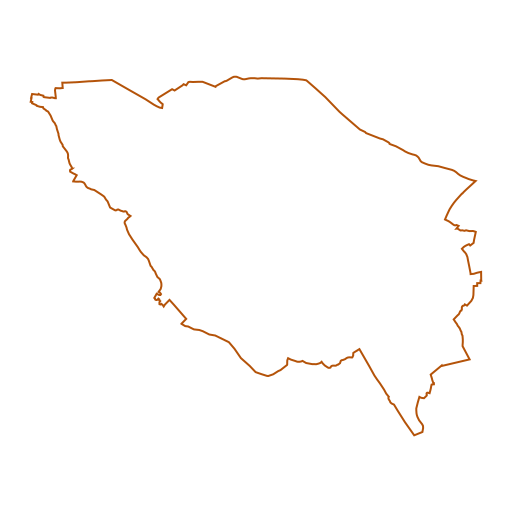 Tomesti, Iasi, Romania (Mercator projection)
{"feature_id": "2599482B1049926597477", "entity_name": "Tomesti", "entity_type": "district", "adm_level": 2, "iso_a3": "ROU", "parent_name": "Romania", "parent_adm1": "Iasi", "projection": "mercator", "projection_center": [27.701, 47.108], "detail": "fine", "context": "isolated", "style": "outline", "palette": "amber", "viewbox_px": 512, "rotation_deg": 0, "n_neighbors": 0, "source": "geoboundaries", "source_scale": "gbopen_adm2", "svg_char_len": 5948}
<svg xmlns="http://www.w3.org/2000/svg" viewBox="0 0 512 512"><path d="M475.8,231.9L475.1,231.6L473.0,231.0L469.4,231.1L466.1,230.3L465.7,230.4L464.7,230.8L463.5,230.6L462.3,230.3L460.7,230.5L460.3,230.4L459.9,230.1L458.0,228.9L457.2,228.5L456.5,228.6L458.6,225.9L456.5,225.0L455.1,225.4L454.1,225.1L452.6,224.1L451.9,223.5L450.0,222.1L448.6,221.2L445.0,219.5L446.6,215.7L448.4,211.8L449.6,209.3L451.8,205.8L454.0,202.7L456.1,200.1L461.5,194.1L462.1,193.5L462.4,193.5L463.6,192.1L466.2,189.6L475.6,181.0L473.0,180.4L468.5,179.0L466.4,178.1L463.3,176.9L460.2,175.4L458.1,173.9L456.3,172.3L454.3,170.9L452.0,169.9L444.8,168.0L438.3,166.2L431.4,165.4L428.4,164.8L424.9,163.5L421.9,162.2L420.7,161.2L418.6,157.6L417.6,156.6L416.2,155.5L414.6,154.9L412.5,154.4L408.3,153.0L405.0,151.4L403.2,150.2L396.0,146.3L390.0,144.1L389.5,143.8L389.3,143.0L388.4,142.3L383.0,139.3L379.9,138.5L366.1,133.1L365.1,132.0L359.9,129.5L342.4,114.4L339.4,111.7L325.3,97.1L315.5,88.3L306.9,80.8L306.2,80.3L302.9,79.7L297.9,79.2L284.6,78.6L261.3,78.2L257.8,78.6L254.6,78.2L250.8,78.2L249.0,78.4L245.7,79.1L244.4,79.3L242.9,79.2L241.9,78.9L237.9,77.3L236.7,76.8L235.3,76.7L233.8,76.8L232.4,77.4L226.6,80.8L225.3,81.2L224.8,81.2L215.7,86.2L215.5,86.8L203.9,82.3L202.5,81.8L198.3,81.8L193.0,82.0L189.9,81.8L188.4,82.1L186.2,85.3L183.6,84.2L182.4,85.4L174.6,90.5L172.1,89.2L158.7,97.5L157.7,98.7L157.6,99.3L158.2,99.7L159.1,100.9L160.6,102.5L161.7,103.4L162.6,104.0L162.7,104.5L162.1,108.0L159.7,107.6L156.6,106.2L155.2,105.4L153.9,104.7L145.6,99.3L142.1,97.3L130.3,90.6L111.8,80.0L101.9,80.5L92.0,81.2L88.7,81.3L76.8,82.2L65.3,82.7L62.3,82.7L62.7,88.0L59.8,88.3L55.6,88.1L55.4,88.3L55.0,90.4L55.7,96.5L55.8,98.2L54.9,98.2L52.3,97.5L51.3,97.5L50.7,97.6L50.5,97.8L50.1,97.9L44.4,97.2L43.9,97.1L43.5,96.8L43.4,95.7L40.5,95.0L39.8,94.7L38.6,93.9L38.0,94.7L32.1,94.0L31.1,97.9L31.5,98.0L30.7,101.8L32.3,102.0L32.1,103.3L36.5,105.2L36.7,105.8L40.0,106.8L43.0,107.1L43.4,108.4L45.9,110.1L46.2,110.6L48.1,111.6L50.6,115.6L52.6,120.4L53.0,121.1L54.8,123.2L55.8,125.4L56.3,126.1L56.9,129.0L58.5,133.9L58.5,135.0L59.7,139.5L60.5,141.6L62.6,144.8L62.8,146.3L66.6,151.2L67.3,152.3L67.7,153.2L68.0,154.3L68.1,155.8L68.0,157.9L68.2,158.6L68.7,159.8L68.9,160.8L69.5,163.2L70.0,164.3L71.7,167.2L72.0,167.9L72.2,168.6L72.3,168.6L71.8,169.0L70.3,169.7L70.1,170.0L70.0,170.8L70.2,171.7L73.6,173.6L74.6,174.0L76.7,175.2L73.3,181.0L73.2,181.4L76.4,181.7L80.2,181.6L81.4,181.7L83.1,182.3L83.8,182.7L84.4,183.3L85.4,184.9L85.7,185.6L86.4,186.7L86.9,187.2L88.0,188.0L89.8,188.6L91.1,189.3L94.3,190.0L101.1,194.4L103.8,196.3L104.6,197.2L105.4,198.6L106.1,199.7L107.6,201.4L110.1,207.5L113.6,209.5L115.3,210.4L116.6,210.2L117.3,209.6L118.4,209.5L120.7,210.7L122.2,211.1L123.2,211.5L124.3,211.5L125.0,211.2L125.6,211.3L126.5,211.8L127.7,214.2L130.5,216.0L129.6,216.8L128.3,217.7L127.3,219.0L125.1,221.0L124.6,222.2L124.8,223.7L125.2,224.2L126.5,227.5L127.0,229.6L129.0,234.2L132.4,239.5L137.8,247.1L139.8,250.4L140.9,252.0L143.8,255.3L146.5,257.2L148.1,259.0L148.9,260.9L150.6,265.9L151.5,266.7L153.5,270.1L154.4,270.8L155.2,272.0L155.8,273.7L157.4,277.0L159.7,279.0L160.3,280.2L161.2,282.7L161.4,284.0L161.4,286.1L160.7,288.9L158.6,291.9L159.6,292.3L160.4,293.2L161.0,294.1L160.4,295.0L159.1,295.0L156.7,293.7L154.3,297.9L155.0,298.5L155.1,298.8L155.0,299.0L155.4,299.7L156.2,300.0L156.9,300.0L157.8,299.3L158.4,298.6L159.3,299.4L159.1,300.1L160.2,301.1L159.5,302.1L159.4,302.8L159.5,304.2L160.7,304.5L161.4,303.9L162.7,305.0L163.7,306.5L164.9,304.6L169.5,299.9L174.1,305.0L186.2,318.9L181.7,323.5L181.4,323.7L181.4,323.8L185.2,326.1L188.2,326.5L192.5,328.7L194.0,329.4L199.3,330.0L202.8,331.2L209.3,334.5L215.2,335.5L228.9,342.2L234.5,348.8L240.9,358.1L249.7,365.9L255.6,372.1L257.8,372.9L261.6,374.2L267.0,375.9L268.3,376.0L273.2,374.3L278.2,371.1L280.5,370.1L287.0,365.0L287.2,364.4L287.2,362.3L287.3,360.3L288.1,358.2L290.9,359.6L295.3,361.0L297.2,361.7L299.2,361.8L301.1,361.5L302.5,360.9L306.1,363.0L312.0,364.1L316.3,364.2L318.6,363.6L320.4,362.9L321.6,361.8L322.4,363.0L323.1,363.8L324.8,365.5L327.5,367.3L328.4,367.8L329.6,367.8L330.4,367.6L331.1,366.4L331.6,366.0L332.4,365.7L333.9,365.6L334.9,365.7L335.6,365.7L336.4,365.4L337.4,364.7L338.0,364.7L340.0,363.2L340.8,360.8L341.7,360.2L342.9,360.0L345.2,359.1L346.5,358.1L347.9,357.5L349.5,357.3L352.0,357.5L352.3,357.4L352.5,357.0L353.2,355.5L353.2,354.0L353.4,352.8L359.4,349.1L369.2,366.1L374.4,375.5L377.1,379.5L379.9,383.3L384.1,389.7L386.2,393.6L388.8,396.8L388.5,397.2L388.4,397.9L388.4,398.2L388.7,399.2L389.9,401.1L390.4,402.4L391.6,403.5L394.0,404.6L397.5,410.4L404.9,422.1L414.2,435.3L422.4,432.0L423.1,428.2L423.1,427.5L423.0,425.9L422.2,424.3L419.1,420.3L417.4,416.8L416.8,414.9L416.5,413.2L416.3,410.3L416.3,408.4L417.8,402.4L419.4,396.9L420.9,397.7L422.3,398.0L424.0,398.2L426.6,395.7L426.8,395.3L426.8,394.7L426.6,394.3L426.5,393.9L426.6,393.4L426.7,393.1L427.0,392.8L427.5,392.7L427.9,392.7L429.6,393.2L430.4,390.2L430.8,388.5L431.2,386.2L431.6,384.6L432.7,384.4L433.9,384.3L433.9,383.1L433.3,383.0L432.3,380.1L431.9,378.4L430.7,374.6L441.8,365.4L442.0,365.9L469.6,359.4L462.6,346.2L462.6,344.9L462.8,342.1L462.8,339.3L462.5,335.7L461.8,334.3L461.4,331.9L460.6,330.5L459.7,328.2L459.0,327.5L458.7,326.8L457.8,325.9L456.9,324.0L455.6,322.3L453.7,319.4L457.8,315.1L458.5,314.6L458.8,314.2L459.2,313.6L460.0,311.7L460.6,310.8L461.0,310.5L461.4,310.5L461.9,309.2L461.8,308.0L461.9,307.2L462.1,306.6L462.5,306.1L462.8,305.8L463.6,305.7L464.3,305.3L464.8,304.4L467.0,305.6L471.3,300.9L472.9,297.9L473.4,295.1L473.7,286.0L477.2,285.9L477.2,283.1L480.4,283.1L480.6,280.5L481.3,280.6L481.2,280.0L481.1,271.9L478.6,272.4L476.9,272.8L473.8,273.8L470.6,274.1L470.5,272.9L469.1,265.7L468.0,260.3L467.4,257.0L466.6,255.1L466.4,254.4L465.9,253.7L465.0,252.4L464.1,251.6L461.9,248.8L463.2,247.5L463.7,247.0L465.2,246.0L466.7,245.2L469.0,244.2L470.2,245.5L473.6,242.9L474.0,240.2L475.8,231.9Z" fill="none" stroke="#b45309" stroke-width="2"/></svg>